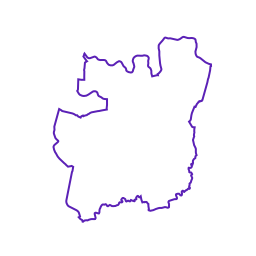 Bang Rachan, Sing Buri, Thailand (orthographic projection), rotated 101°
{"feature_id": "78962969B85882398949234", "entity_name": "Bang Rachan", "entity_type": "district", "adm_level": 2, "iso_a3": "THA", "parent_name": "Thailand", "parent_adm1": "Sing Buri", "projection": "orthographic", "projection_center": [100.278, 14.891], "detail": "fine", "context": "isolated", "style": "outline", "palette": "violet", "viewbox_px": 256, "rotation_deg": 101, "n_neighbors": 0, "source": "geoboundaries", "source_scale": "gbopen_adm2", "svg_char_len": 5751}
<svg xmlns="http://www.w3.org/2000/svg" viewBox="0 0 256 256"><g transform="rotate(101 128 128)"><path d="M198.6,76.7L198.5,75.7L198.7,73.9L198.5,73.3L198.0,72.7L197.6,72.7L194.8,73.2L193.3,74.1L192.9,74.2L192.5,74.1L191.9,73.9L191.4,73.2L189.2,69.2L188.9,68.5L188.6,67.1L188.5,66.9L188.2,66.6L187.8,66.5L187.2,66.6L185.1,67.9L184.7,68.1L184.3,68.2L183.7,68.0L183.1,66.8L182.8,65.4L183.2,64.7L184.0,63.8L184.1,63.1L184.0,62.7L183.5,62.4L183.0,62.4L181.9,62.5L180.8,63.0L180.4,63.1L179.9,63.0L179.4,62.6L179.1,62.2L179.2,61.8L180.0,60.9L180.0,60.6L179.0,60.1L178.6,59.5L177.8,59.0L177.4,58.2L176.2,57.5L176.0,57.2L176.1,56.3L175.9,56.0L175.5,55.8L174.8,55.9L174.1,56.8L173.3,56.7L172.8,56.8L172.2,56.6L171.0,57.0L170.5,56.8L169.6,56.0L167.3,55.8L166.1,55.5L165.0,55.4L164.6,55.5L162.9,56.8L162.5,57.0L162.1,56.9L161.5,56.3L161.1,56.2L159.7,57.4L159.8,58.9L159.6,59.4L159.3,59.5L158.2,59.8L156.8,60.7L155.6,60.9L155.4,60.8L155.4,59.5L155.2,59.0L154.9,58.5L154.4,58.2L153.8,58.0L153.3,58.0L151.9,59.0L151.5,59.1L151.1,58.8L151.4,57.7L149.9,57.5L148.5,57.9L147.6,58.0L146.0,57.4L144.7,56.2L142.9,56.4L142.2,56.0L141.6,55.5L140.0,56.4L138.8,56.8L135.6,57.4L134.4,58.1L132.2,59.8L127.4,61.9L126.8,61.9L125.8,61.7L125.2,61.7L123.6,61.4L122.6,61.9L121.7,62.0L119.4,62.0L118.5,62.4L117.5,62.5L116.4,62.7L114.6,62.7L114.8,64.6L114.6,65.3L110.1,69.3L109.0,68.4L107.6,68.0L103.4,68.2L101.1,68.1L94.4,66.8L94.5,66.1L94.5,65.7L94.3,65.6L93.5,65.6L92.9,65.3L92.1,65.2L91.2,64.9L89.9,64.1L89.2,63.9L88.6,63.0L88.0,63.0L87.9,61.9L87.6,61.7L87.6,61.3L87.4,60.8L86.7,60.7L86.3,60.3L68.0,58.8L64.8,58.8L63.2,58.5L55.8,58.4L51.7,58.8L51.4,58.3L49.7,58.7L49.6,60.9L48.7,64.5L45.7,70.2L45.3,71.3L44.9,73.6L44.4,74.3L43.3,75.2L42.6,75.6L41.6,76.0L40.1,76.4L35.5,76.1L32.2,76.8L30.7,77.8L28.7,78.5L28.2,78.8L27.9,79.2L27.5,80.3L27.4,81.5L27.5,82.8L28.1,85.0L28.3,86.7L27.9,90.2L28.0,91.1L28.5,91.9L29.8,93.1L30.9,94.2L31.8,95.6L32.1,96.4L31.9,103.5L32.4,105.8L32.1,108.4L32.3,109.0L32.7,109.4L35.4,110.7L39.1,112.9L40.5,113.5L41.2,113.6L44.0,113.1L46.7,111.9L50.8,111.1L58.6,108.8L59.8,108.3L60.0,108.3L63.7,106.5L64.1,106.4L64.6,106.4L66.2,106.9L68.6,108.3L69.4,109.2L70.5,108.7L70.6,109.5L72.7,114.1L69.9,115.5L67.4,116.0L65.8,116.9L65.0,117.6L64.0,119.6L63.7,119.9L63.0,120.2L62.4,120.3L60.5,120.4L58.4,121.0L57.7,121.0L56.3,120.9L55.4,121.0L54.9,121.2L54.1,122.0L53.7,122.7L53.5,123.4L53.5,125.6L53.8,126.6L54.2,127.3L54.5,128.4L55.1,132.4L55.6,133.5L56.2,134.3L56.8,134.9L57.7,135.6L58.4,135.9L59.3,136.1L60.6,136.2L61.3,136.1L62.0,135.9L63.3,135.0L64.5,134.4L66.1,133.7L66.8,133.5L69.5,134.0L71.2,134.1L71.6,134.2L72.5,134.7L72.8,135.3L73.0,135.8L73.0,138.1L72.6,139.5L72.2,140.3L71.6,140.8L70.7,141.0L69.9,141.5L69.3,142.1L68.2,144.1L64.9,146.8L64.4,147.5L64.1,148.8L64.1,149.5L64.3,149.8L65.7,151.5L68.8,154.1L69.5,155.3L69.8,157.1L69.7,158.6L69.4,159.3L68.1,161.0L66.4,162.3L65.9,163.2L65.8,163.9L65.9,164.9L66.6,168.3L66.5,170.0L66.2,170.8L64.8,172.4L64.3,173.8L64.3,174.5L64.5,174.9L66.6,178.4L66.9,179.4L66.9,180.1L66.5,181.3L66.0,181.9L63.2,184.9L63.8,185.1L65.1,185.1L66.3,185.4L70.0,181.5L70.3,181.0L71.7,182.5L72.0,182.7L72.3,182.7L77.9,182.1L78.6,182.2L79.7,182.1L80.6,181.7L86.1,180.7L89.0,180.1L89.6,183.1L89.7,186.1L99.5,184.5L100.7,184.6L101.3,184.9L103.8,182.7L104.6,181.5L105.1,179.1L105.0,177.4L104.2,175.1L103.5,174.2L102.7,173.2L99.4,169.9L98.6,169.0L98.2,167.2L98.3,166.4L98.5,165.7L99.1,164.9L101.3,163.7L101.8,163.3L102.2,162.8L103.0,159.9L103.6,158.9L104.0,157.8L104.0,156.4L103.7,154.1L109.3,153.0L112.7,152.7L113.9,152.3L115.6,156.7L116.9,159.8L117.1,160.6L119.6,166.8L120.5,168.1L121.4,168.9L122.2,170.0L123.2,170.9L124.2,173.0L124.9,174.0L124.3,174.4L124.3,174.5L125.3,175.9L125.7,176.2L126.8,176.5L126.5,177.8L126.3,178.9L125.2,180.4L125.5,181.5L124.7,183.4L124.3,185.2L123.9,195.8L123.8,196.1L123.4,196.6L122.5,199.2L140.7,200.6L143.9,199.8L146.2,200.0L147.6,199.7L151.6,197.4L152.6,196.2L153.9,194.1L154.4,193.9L155.2,194.2L156.1,194.9L158.6,196.9L159.4,197.3L160.4,197.5L160.9,197.5L161.3,197.3L163.4,196.4L164.9,195.4L165.8,194.8L166.4,194.1L169.4,191.6L171.2,189.4L174.7,183.9L175.5,182.4L176.3,181.4L177.0,180.1L177.4,179.5L176.4,176.9L176.0,176.1L176.6,174.4L180.7,174.3L181.3,174.4L181.8,174.6L210.9,174.7L212.2,174.5L213.4,174.0L214.8,173.0L215.6,172.2L216.1,171.4L216.4,170.4L218.6,162.7L219.5,161.0L219.9,160.6L220.6,160.0L224.0,158.2L224.6,158.8L225.0,159.3L226.5,157.3L227.2,155.3L228.6,154.7L228.6,154.3L227.1,153.0L226.5,151.3L226.4,150.0L225.7,149.2L224.6,147.1L224.2,145.8L223.9,143.8L223.6,142.9L222.5,142.6L218.8,144.3L218.0,144.4L217.6,144.1L217.3,143.6L217.3,142.8L217.5,141.0L217.5,140.3L217.4,140.2L216.2,140.0L214.1,140.3L213.1,140.3L212.1,140.0L210.9,139.8L209.6,139.4L208.9,139.1L208.1,138.5L207.8,137.9L207.8,136.7L207.1,135.5L207.3,134.7L208.4,133.7L208.6,132.8L207.3,131.5L207.0,131.1L207.2,130.2L207.7,128.9L207.5,127.4L206.9,125.4L206.0,124.3L205.6,123.3L205.2,122.9L204.6,122.6L203.1,122.4L202.6,122.1L202.5,121.9L202.3,120.3L202.1,119.8L201.8,119.5L201.3,119.4L200.9,119.6L200.2,120.7L199.8,120.9L199.3,120.8L198.2,120.3L197.7,119.8L197.6,119.1L198.2,117.4L198.6,116.9L199.7,116.5L200.2,116.1L200.4,115.7L200.4,115.4L199.5,114.4L199.3,113.9L199.7,112.7L199.6,112.0L199.3,111.8L198.4,111.6L198.1,111.4L198.5,109.9L198.7,107.8L198.5,107.6L198.3,107.5L197.2,107.8L196.9,107.4L196.5,106.4L196.2,106.2L195.2,106.6L194.8,106.7L194.0,106.4L193.2,106.0L192.8,105.5L192.8,105.2L193.7,104.1L193.9,103.5L193.8,103.3L192.6,102.5L195.8,101.2L198.3,99.7L197.5,98.0L197.7,97.5L197.2,96.6L197.1,95.8L197.3,95.3L198.3,94.3L198.7,93.5L200.7,93.1L203.7,92.0L203.8,92.0L204.1,92.2L204.8,92.0L205.0,90.3L203.8,87.5L202.2,85.2L200.9,82.9L200.5,81.9L200.0,79.6L198.6,76.7Z" fill="none" stroke="#5b21b6" stroke-width="2"/></g></svg>